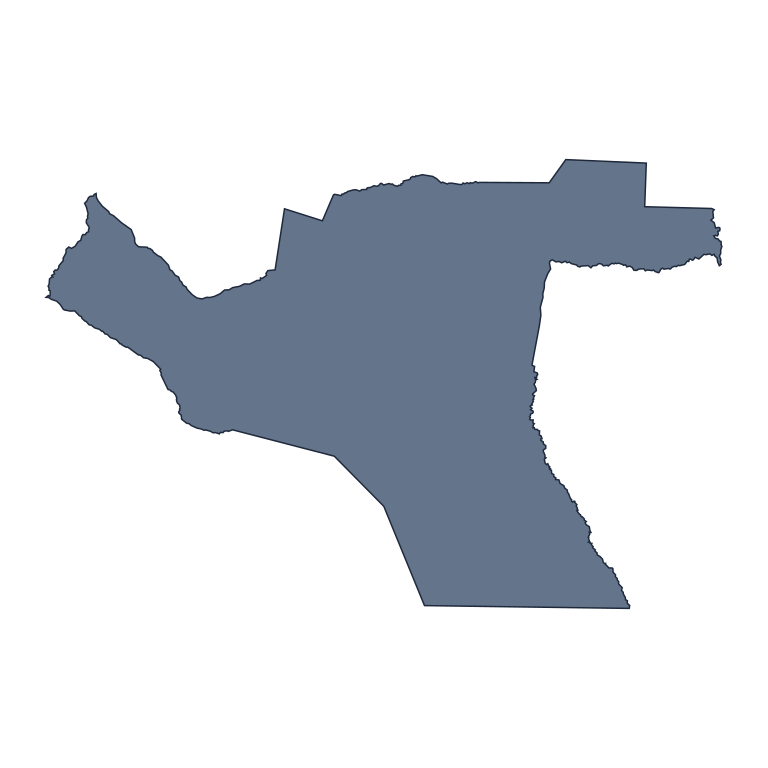 San Rafael, Mendoza, Argentina
{"feature_id": "61730980B42121604183922", "entity_name": "San Rafael", "entity_type": "district", "adm_level": 2, "iso_a3": "ARG", "parent_name": "Argentina", "parent_adm1": "Mendoza", "projection": "orthographic", "projection_center": [-69.079, -35.05], "detail": "fine", "context": "isolated", "style": "filled", "palette": "slate", "viewbox_px": 768, "rotation_deg": 0, "n_neighbors": 0, "source": "geoboundaries", "source_scale": "gbopen_adm2", "svg_char_len": 6064}
<svg xmlns="http://www.w3.org/2000/svg" viewBox="0 0 768 768"><path d="M392.2,183.9L391.0,184.3L389.2,183.5L383.6,185.0L381.6,183.4L380.5,183.4L378.6,185.6L376.8,186.3L374.0,185.7L370.4,187.5L367.8,187.7L366.9,188.2L366.6,189.5L361.8,189.6L359.7,191.1L356.2,189.8L353.7,189.8L347.3,191.6L346.8,192.5L344.5,193.1L343.5,194.1L342.0,194.1L341.1,195.6L334.8,194.3L333.5,194.8L322.4,220.8L284.5,208.8L275.1,269.9L267.9,270.6L265.9,273.5L266.6,275.4L262.1,278.5L260.5,277.9L260.2,280.3L257.1,280.4L249.6,284.1L244.3,283.9L239.5,286.3L232.7,287.6L229.1,289.8L224.6,290.0L220.0,293.8L214.4,296.4L209.9,297.5L206.8,297.3L202.1,298.9L197.0,298.0L192.2,294.7L187.1,289.3L186.1,287.0L183.0,285.1L181.7,282.2L179.8,280.5L178.6,277.0L175.1,275.2L172.2,271.0L169.9,269.7L168.4,265.1L160.8,257.0L157.9,255.7L153.3,252.1L152.5,250.4L150.0,248.6L148.1,248.3L147.2,247.2L138.6,246.8L135.6,244.0L134.7,241.7L134.6,238.0L131.2,229.6L121.7,222.9L113.6,215.8L109.6,213.7L108.7,211.6L102.3,206.2L98.1,200.8L96.4,197.3L96.1,193.5L94.1,194.5L93.4,196.1L90.2,196.3L88.5,197.6L87.1,200.7L84.6,203.3L86.5,207.3L88.1,213.7L87.5,216.3L87.8,218.1L86.4,220.0L86.3,222.8L89.2,227.4L88.4,230.3L88.7,231.7L86.6,232.6L85.2,234.7L83.0,234.5L81.9,236.1L80.7,240.4L78.0,241.8L75.2,246.2L71.5,248.4L68.8,247.0L66.1,249.4L66.0,252.9L63.1,258.3L63.3,260.5L58.9,265.8L58.8,267.6L57.6,269.4L56.8,270.2L55.3,270.0L53.7,271.6L54.5,273.9L51.7,275.4L52.8,276.9L51.7,277.0L49.5,279.0L49.1,284.3L48.1,286.1L49.0,288.0L48.9,290.2L50.1,290.7L50.2,295.1L49.8,296.2L48.4,295.5L46.1,297.3L48.8,297.6L51.4,299.4L56.6,301.1L60.1,304.4L63.4,309.4L64.6,310.0L70.4,311.1L74.7,310.9L79.3,315.7L81.5,316.7L81.8,318.1L84.6,320.9L86.3,321.6L89.1,324.8L91.4,325.2L94.5,327.8L99.4,329.3L101.8,331.3L102.8,331.2L105.0,333.9L107.4,334.5L110.4,337.6L116.3,339.6L120.2,343.9L121.1,343.8L122.2,345.1L126.1,347.2L127.8,347.2L138.3,354.9L140.7,355.3L143.5,357.8L147.6,358.4L153.3,361.6L160.7,369.2L159.8,370.4L161.3,373.2L161.0,374.9L168.0,389.5L169.9,389.9L171.1,391.2L173.2,392.1L175.6,395.0L176.9,398.3L176.4,399.3L176.7,401.3L177.6,403.4L179.3,404.5L180.2,408.1L179.5,409.1L179.8,410.4L178.7,411.8L179.0,413.2L181.2,415.2L181.6,419.2L186.6,423.2L189.1,423.7L191.2,425.5L197.0,428.1L201.7,429.1L203.4,430.1L206.3,430.1L210.5,431.3L213.1,432.8L215.5,432.6L219.4,433.9L220.4,432.4L223.1,432.6L224.2,431.2L227.0,430.8L228.4,431.4L232.5,429.8L334.3,456.2L383.8,506.3L424.5,605.6L629.2,608.4L629.7,605.5L627.2,603.1L627.4,600.7L625.6,599.7L625.2,597.2L623.4,594.1L623.2,592.3L621.5,590.3L622.2,587.7L618.6,583.9L618.7,581.7L617.3,580.0L617.2,578.5L615.4,576.8L615.5,574.7L613.1,572.3L612.9,568.6L612.3,568.0L608.9,567.9L605.5,564.3L605.6,563.4L604.6,563.6L603.3,562.4L602.5,559.1L600.0,556.5L597.1,554.8L597.1,552.9L595.0,551.1L595.3,549.9L592.6,547.6L593.1,546.6L591.4,544.8L591.9,543.4L590.1,543.3L590.1,542.2L588.5,542.0L589.4,541.2L588.5,538.1L588.8,537.4L588.3,537.0L589.8,534.0L589.2,532.3L590.9,532.4L589.9,530.4L589.3,526.7L586.2,524.7L585.1,522.7L586.3,521.5L584.3,520.2L584.3,519.0L582.3,516.8L581.3,516.8L580.4,514.7L579.4,514.2L576.9,510.8L578.0,510.1L577.1,509.3L577.4,508.1L576.1,506.0L576.9,504.7L574.8,502.4L574.9,501.4L573.9,501.1L572.8,502.1L571.6,501.3L571.6,499.5L570.4,498.5L568.5,493.4L567.5,492.4L567.3,490.1L564.8,488.2L563.9,485.7L560.1,483.5L558.9,479.9L555.5,479.5L555.9,478.0L553.8,476.5L553.8,474.5L551.7,473.5L551.4,470.2L549.8,469.5L550.4,468.6L549.2,467.8L549.7,466.7L548.8,466.1L547.8,463.7L546.5,464.6L545.2,463.2L544.3,459.3L546.0,457.8L544.8,457.1L545.0,455.3L543.2,451.0L543.4,450.0L545.8,448.3L545.7,445.6L543.4,443.8L543.2,441.8L540.8,440.4L541.0,438.8L542.0,438.7L541.2,436.1L539.3,434.9L539.6,430.9L537.8,430.3L537.3,429.4L534.8,429.4L534.3,427.7L533.0,427.8L533.4,424.7L534.3,423.7L532.9,422.9L533.1,419.9L530.5,420.1L529.6,419.1L530.4,417.6L529.6,416.5L530.4,415.6L530.4,414.2L532.5,413.3L533.2,412.3L533.0,411.0L530.6,409.7L532.0,408.2L530.1,406.5L530.4,405.7L532.3,405.0L531.8,403.9L533.4,401.4L532.7,399.8L533.8,399.1L533.4,398.0L534.5,395.6L532.6,394.8L532.5,394.1L536.3,390.7L536.0,388.3L534.0,384.1L535.3,382.4L535.6,380.0L536.9,379.4L534.9,378.4L534.8,377.4L536.6,377.6L536.7,375.8L537.7,374.6L537.2,372.9L533.9,371.8L534.6,366.4L532.2,365.4L532.1,364.4L539.4,325.6L540.9,315.1L540.3,307.4L543.0,297.3L542.8,293.8L544.2,288.2L544.5,282.0L547.7,273.8L550.6,269.0L549.5,263.6L549.8,261.3L552.2,259.8L556.0,261.9L559.0,261.5L561.8,262.8L565.2,261.2L567.0,262.7L569.3,262.1L571.3,263.6L576.7,265.0L577.7,266.3L579.9,267.0L581.0,266.1L588.2,265.6L590.9,267.8L592.8,265.7L596.4,265.5L598.7,263.6L601.3,263.9L603.4,265.8L607.4,265.3L608.2,266.0L611.8,263.3L614.1,263.9L615.4,263.1L616.3,263.6L618.7,263.2L622.9,264.6L623.3,265.3L625.6,264.8L626.8,266.9L629.6,266.1L632.1,267.4L634.0,270.3L636.8,270.4L638.7,269.1L643.8,268.8L645.3,270.8L647.4,270.0L652.2,270.6L653.5,270.0L655.1,271.5L658.3,272.7L659.0,272.5L661.0,269.1L662.4,268.2L664.0,269.2L668.2,268.5L670.2,269.1L672.3,267.1L674.5,266.3L676.4,266.6L678.3,265.3L679.6,265.7L684.8,264.4L687.1,261.3L688.8,261.4L689.1,259.4L690.7,259.1L692.2,260.2L693.4,259.8L695.1,257.3L698.9,259.0L704.0,254.3L705.8,254.7L709.9,253.9L711.9,255.4L714.2,254.3L714.9,256.1L717.1,258.0L717.6,261.8L719.3,265.7L721.1,264.4L720.5,262.3L720.9,259.8L719.4,256.1L720.7,253.5L720.7,249.9L721.9,246.4L721.3,245.3L721.0,241.4L719.5,241.0L718.2,239.0L715.3,238.3L713.8,235.9L715.5,235.4L717.4,235.9L718.3,234.2L717.8,231.3L719.7,230.8L720.0,229.0L719.8,227.9L718.8,227.4L715.6,228.0L714.2,222.7L710.9,220.1L713.5,217.9L712.8,211.5L714.2,209.7L711.7,208.5L644.7,206.7L646.3,163.1L565.8,159.6L549.2,182.8L479.1,182.4L478.0,182.9L475.8,181.6L472.2,183.2L470.3,182.6L469.3,183.6L467.0,182.7L465.1,183.8L463.1,183.0L462.1,184.3L460.5,184.6L451.6,183.1L448.5,183.3L447.3,184.0L442.4,182.1L441.1,182.9L436.5,178.6L432.6,176.4L422.3,174.7L416.9,176.1L416.0,175.7L415.0,176.8L412.6,176.5L410.7,177.6L410.5,178.6L409.1,179.7L403.4,181.0L402.7,183.5L401.0,183.9L401.0,185.1L398.4,185.4L397.5,186.3L394.0,185.3L392.2,183.9Z" fill="#64748b" stroke="#1e293b" stroke-width="1.5"/></svg>